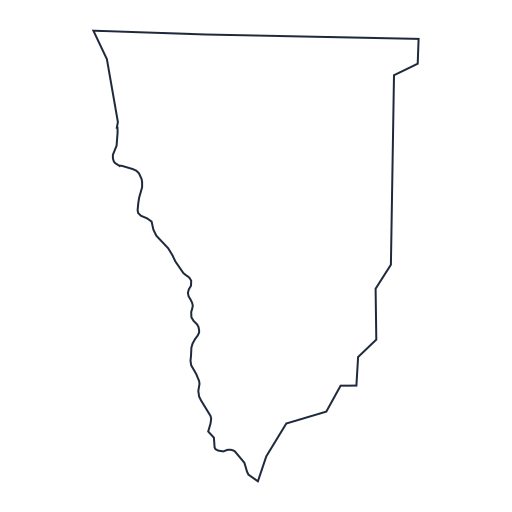 Seminole, Georgia, United States of America
{"feature_id": "52423323B59309209567710", "entity_name": "Seminole", "entity_type": "district", "adm_level": 2, "iso_a3": "USA", "parent_name": "United States of America", "parent_adm1": "Georgia", "projection": "mercator", "projection_center": [-84.929, 30.901], "detail": "fine", "context": "isolated", "style": "outline", "palette": "slate", "viewbox_px": 512, "rotation_deg": 0, "n_neighbors": 0, "source": "geoboundaries", "source_scale": "gbopen_adm2", "svg_char_len": 1282}
<svg xmlns="http://www.w3.org/2000/svg" viewBox="0 0 512 512"><path d="M93.4,30.7L106.9,59.2L117.9,122.1L116.8,127.7L117.5,127.7L117.6,132.4L116.6,145.6L112.9,154.8L112.9,158.4L113.8,161.4L115.0,163.0L119.5,165.9L119.6,165.6L122.1,165.9L132.8,169.1L136.3,170.7L138.9,173.2L141.5,178.8L142.1,181.8L142.1,187.3L139.2,197.4L138.3,203.0L137.6,210.2L138.2,213.1L141.0,215.8L147.0,218.3L151.6,221.6L153.4,229.7L156.4,235.8L168.2,248.3L172.4,255.2L175.4,261.5L183.3,273.0L184.6,274.1L186.1,275.3L188.2,276.7L189.6,278.0L191.2,280.8L191.0,285.7L188.8,289.4L187.9,293.0L188.6,296.3L190.9,300.2L192.1,302.8L192.8,305.7L192.1,309.1L191.2,312.0L191.4,317.3L193.6,320.9L197.1,324.4L198.5,327.0L199.1,330.3L199.1,332.5L197.8,335.4L195.1,339.0L192.6,343.5L191.4,347.6L191.0,355.7L190.5,360.8L191.2,365.3L196.2,374.0L199.1,381.0L199.5,383.9L198.3,391.0L199.1,396.5L200.9,400.2L210.5,415.9L211.2,418.7L210.5,423.6L208.2,431.5L213.9,437.7L214.6,447.5L215.5,449.2L218.2,450.6L223.5,451.4L227.1,449.9L230.3,449.7L233.2,450.4L234.9,451.4L244.4,462.8L247.0,471.6L248.5,474.7L257.9,481.3L266.3,456.3L286.3,423.5L326.3,411.6L340.6,385.7L356.4,385.6L358.1,357.0L376.3,339.6L375.6,288.7L390.9,264.7L394.0,75.2L417.7,63.7L418.6,38.9L205.8,34.5L93.4,30.7Z" fill="none" stroke="#1e293b" stroke-width="2"/></svg>